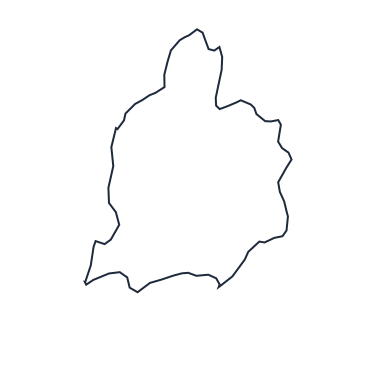 Borås, Västra Götaland, Sweden (Robinson projection), rotated 125°
{"feature_id": "70781695B44475344779169", "entity_name": "Borås", "entity_type": "district", "adm_level": 2, "iso_a3": "SWE", "parent_name": "Sweden", "parent_adm1": "Västra Götaland", "projection": "robinson", "projection_center": [12.965, 57.764], "detail": "fine", "context": "isolated", "style": "outline", "palette": "slate", "viewbox_px": 384, "rotation_deg": 125, "n_neighbors": 0, "source": "geoboundaries", "source_scale": "gbopen_adm2", "svg_char_len": 1195}
<svg xmlns="http://www.w3.org/2000/svg" viewBox="0 0 384 384"><g transform="rotate(125 192 192)"><path d="M183.2,290.9L201.5,283.8L216.0,271.3L236.5,262.9L248.6,253.7L252.2,242.8L260.6,232.8L277.6,231.2L284.8,233.7L287.5,242.8L293.3,241.2L310.2,232.8L327.1,227.8L327.2,228.1L328.6,225.5L320.6,222.4L306.4,213.3L299.1,205.2L299.1,196.1L306.1,188.2L305.3,179.1L290.6,174.3L281.3,166.8L271.3,159.4L264.3,153.5L260.4,148.8L258.1,140.3L250.4,131.2L248.8,122.7L251.9,116.3L254.6,115.6L250.3,114.2L238.0,110.5L217.2,110.0L208.7,111.6L194.0,108.4L191.7,103.6L182.4,98.3L176.3,92.5L173.3,92.5L169.3,92.5L157.0,99.4L153.9,103.1L146.9,111.0L141.5,120.1L134.6,127.0L118.3,128.6L108.3,129.1L107.8,129.9L104.4,135.5L104.4,143.4L101.3,150.4L85.9,157.8L83.6,162.6L89.0,167.9L92.0,172.7L91.2,183.9L87.4,189.2L86.6,194.0L88.9,204.7L92.8,206.8L101.3,212.1L108.2,216.9L107.4,221.8L101.2,226.6L74.9,237.8L64.1,244.7L57.5,252.7L63.4,254.9L65.4,260.4L60.9,266.9L55.4,274.7L55.9,281.2L65.3,284.3L69.3,286.7L74.7,289.1L88.1,290.5L99.5,286.7L111.9,281.9L121.8,274.7L131.7,278.8L137.1,282.3L145.1,285.4L152.5,289.1L165.9,291.5L172.3,288.8L183.2,289.1L183.2,290.9Z" fill="none" stroke="#1e293b" stroke-width="2"/></g></svg>